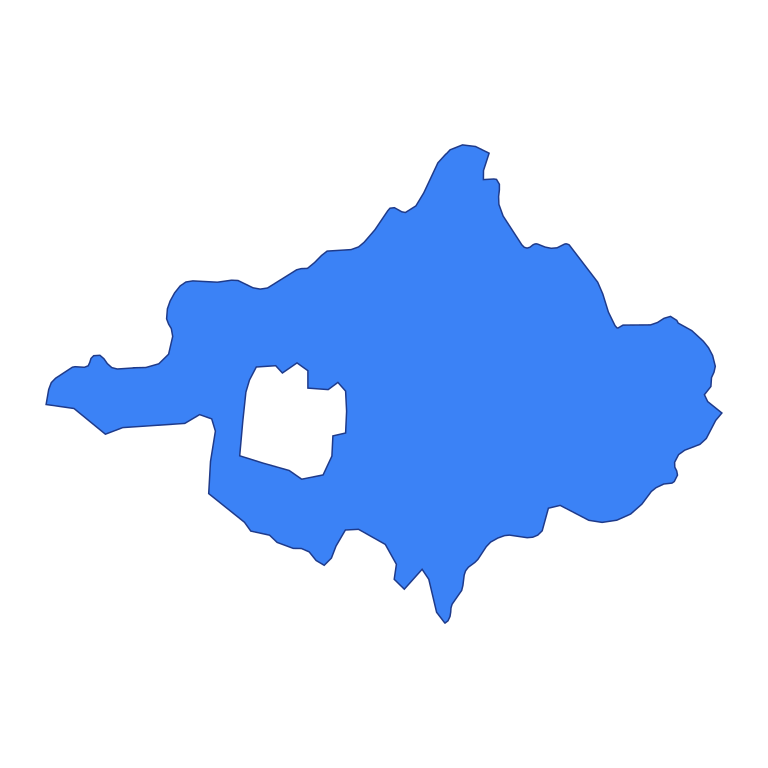 the border of Szabolcs-Szatmár-Bereg
{"feature_id": "HUN-3169", "entity_name": "Szabolcs-Szatmár-Bereg", "entity_type": "County", "adm_level": 1, "iso_a3": "HUN", "parent_name": "Hungary", "parent_adm1": "", "projection": "albers", "projection_center": [22.06, 48.0], "detail": "fine", "context": "isolated", "style": "filled", "palette": "blue", "viewbox_px": 768, "rotation_deg": 0, "n_neighbors": 0, "source": "natural_earth", "source_scale": "10m", "svg_char_len": 2592}
<svg xmlns="http://www.w3.org/2000/svg" viewBox="0 0 768 768"><path d="M721.9,413.0L715.7,420.4L706.3,438.5L700.0,444.3L684.7,450.2L678.6,454.6L674.6,462.3L674.8,467.2L676.7,470.9L677.5,475.1L674.3,481.5L672.0,483.1L663.8,484.0L656.0,487.7L651.3,491.5L641.9,504.1L630.7,514.0L616.8,520.2L602.1,522.4L588.8,520.3L560.2,505.4L548.4,508.2L542.2,530.8L537.8,535.1L532.8,537.2L527.2,537.7L509.5,535.1L504.6,535.6L497.7,538.1L490.6,542.1L486.3,546.6L477.9,559.4L474.9,562.4L468.4,567.2L465.6,570.8L464.2,575.0L462.9,585.5L461.7,590.4L452.1,604.2L451.0,607.9L450.7,612.2L450.1,615.9L450.0,616.5L448.0,620.8L445.0,623.1L444.8,623.0L436.6,612.3L428.8,579.3L422.1,569.3L404.3,589.2L394.2,579.3L396.4,564.3L385.3,544.4L358.5,529.3L345.4,530.0L336.0,546.1L331.4,558.1L324.2,565.3L316.1,560.5L309.2,551.9L301.4,548.5L293.3,548.4L277.1,542.4L269.6,535.2L250.8,531.1L244.5,522.3L208.7,493.6L210.5,461.5L215.4,431.1L211.7,418.9L199.6,414.6L184.8,423.4L122.7,427.6L105.4,434.2L74.0,408.5L46.1,404.5L48.7,389.5L51.3,382.6L55.6,378.2L72.4,367.2L75.1,366.7L84.4,367.3L88.2,365.8L89.8,362.3L91.0,358.4L93.7,355.7L99.9,355.3L103.9,358.7L107.3,363.6L111.8,367.6L117.3,369.0L135.6,367.8L132.7,367.8L145.9,367.5L158.8,363.8L168.6,354.2L172.7,336.4L171.3,328.6L168.6,324.1L166.6,318.8L167.4,308.8L170.1,301.1L174.6,292.9L180.2,285.9L185.9,282.0L192.9,280.9L217.4,282.2L231.5,280.2L238.0,280.5L253.0,287.8L260.2,289.1L267.5,288.0L296.6,269.8L301.3,268.6L307.4,268.4L314.5,262.6L321.5,255.5L327.1,251.1L351.1,249.6L358.6,246.9L364.1,242.3L374.9,229.8L387.8,210.7L390.0,208.2L394.4,207.7L401.8,211.8L405.4,212.5L415.9,205.9L423.8,192.8L437.9,162.8L445.9,154.0L446.3,153.9L450.1,149.8L462.5,144.9L475.5,146.5L489.1,153.2L483.5,170.5L483.4,179.6L493.9,179.0L496.5,179.4L499.4,184.3L499.4,189.9L498.6,196.5L498.9,204.4L503.1,216.0L521.8,244.8L524.3,247.3L527.1,248.1L530.0,247.2L533.0,244.8L534.5,244.1L536.1,243.8L537.7,244.1L545.2,247.1L551.2,248.3L557.1,247.8L564.5,244.1L566.1,243.8L567.7,244.2L569.2,244.9L597.7,282.2L602.8,294.0L608.4,312.1L615.0,325.6L617.0,327.9L618.0,328.0L623.0,325.1L650.5,324.9L657.5,322.5L664.0,318.3L670.5,316.4L676.8,320.4L678.2,323.1L691.9,330.7L703.3,341.2L708.5,347.7L712.6,355.5L715.3,366.3L714.0,372.2L711.5,377.6L710.9,386.5L704.4,394.7L707.7,401.6L721.9,413.0ZM328.2,389.6L307.9,388.1L307.9,370.7L297.0,362.9L282.4,373.0L275.7,365.7L256.3,367.0L249.5,380.0L245.9,392.1L242.8,421.1L239.7,455.8L263.0,463.1L289.2,470.5L301.7,479.2L323.1,474.9L331.9,456.1L332.9,435.9L345.6,433.0L346.6,411.3L345.6,391.1L337.9,382.4L328.2,389.6Z" fill="#3b82f6" stroke="#1e3a8a" stroke-width="1.5"/></svg>